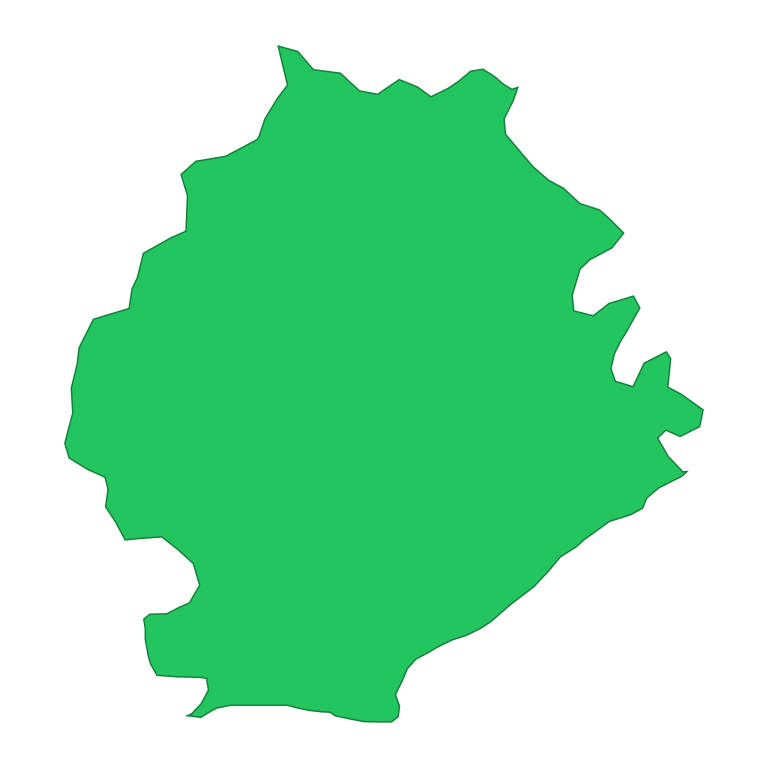 the district of Maroni, Larnaca, Cyprus
{"feature_id": "46923920B60231946210066", "entity_name": "Maroni", "entity_type": "district", "adm_level": 2, "iso_a3": "CYP", "parent_name": "Cyprus", "parent_adm1": "Larnaca", "projection": "albers", "projection_center": [33.37, 34.753], "detail": "fine", "context": "isolated", "style": "filled", "palette": "green", "viewbox_px": 768, "rotation_deg": 0, "n_neighbors": 0, "source": "geoboundaries", "source_scale": "gbopen_adm2", "svg_char_len": 1939}
<svg xmlns="http://www.w3.org/2000/svg" viewBox="0 0 768 768"><path d="M517.8,87.4L511.9,89.4L503.1,84.0L495.2,77.1L483.0,69.2L470.7,71.2L459.0,81.0L448.2,88.4L431.0,96.8L417.3,86.9L399.2,79.6L377.6,94.3L359.5,90.9L340.4,73.2L313.4,69.7L297.8,51.5L278.2,46.1L287.5,85.0L277.2,98.8L264.9,118.9L259.0,136.7L257.1,139.6L225.7,156.3L195.8,161.3L181.1,174.5L187.5,195.7L186.0,231.2L171.3,237.6L143.4,253.3L137.5,277.4L132.1,288.8L129.1,308.5L109.5,314.4L93.4,319.3L79.1,347.8L77.2,364.1L71.3,388.2L72.8,412.8L65.4,440.9L64.9,443.8L69.3,458.1L87.9,469.5L105.1,477.3L108.0,489.2L105.6,506.9L115.4,521.7L125.2,539.9L140.4,538.4L161.9,536.9L178.6,550.2L193.3,563.5L199.7,585.2L189.4,602.9L179.1,607.4L166.8,613.8L149.7,614.2L143.8,619.2L145.3,629.0L145.3,639.4L148.2,655.6L150.6,664.0L157.0,675.3L177.6,676.8L199.2,677.3L206.5,678.3L208.5,690.1L201.1,703.9L191.8,713.7L187.5,715.7L201.0,717.3L212.5,710.2L217.1,708.0L231.0,705.2L242.8,705.2L256.5,705.2L269.7,705.2L287.4,705.2L295.2,707.4L309.3,710.4L322.1,711.8L330.2,712.2L335.0,715.7L349.3,718.8L364.0,721.6L377.5,721.9L391.6,721.9L398.2,716.6L399.5,706.2L395.4,694.5L402.0,681.3L407.3,668.7L415.8,659.2L429.9,651.6L437.8,646.9L451.9,640.0L466.6,635.2L480.1,628.6L491.1,621.4L500.2,613.5L511.2,604.0L533.8,586.7L548.4,571.2L560.3,556.9L576.3,546.8L583.6,540.1L609.4,521.4L630.4,514.8L642.6,508.2L646.7,498.1L658.6,488.0L672.1,481.1L679.9,477.3L685.0,473.5L686.9,471.6L682.9,471.9L668.3,456.6L657.6,438.1L665.8,430.1L680.1,436.5L699.7,426.6L703.1,409.9L681.0,394.1L667.8,387.2L670.7,358.7L666.3,351.8L644.3,363.1L633.0,386.7L615.4,381.3L610.9,368.5L614.4,353.8L620.2,341.9L627.1,330.6L639.8,308.0L633.5,296.1L609.0,303.5L593.3,315.8L573.7,310.9L572.2,295.2L580.0,269.1L589.8,259.7L611.9,247.9L623.7,233.1L609.0,218.4L599.6,210.0L580.0,203.6L563.4,188.3L548.2,180.0L533.0,166.7L521.2,152.9L505.5,134.2L504.1,118.9L513.4,100.2L517.8,87.4Z" fill="#22c55e" stroke="#15803d" stroke-width="1.5"/></svg>